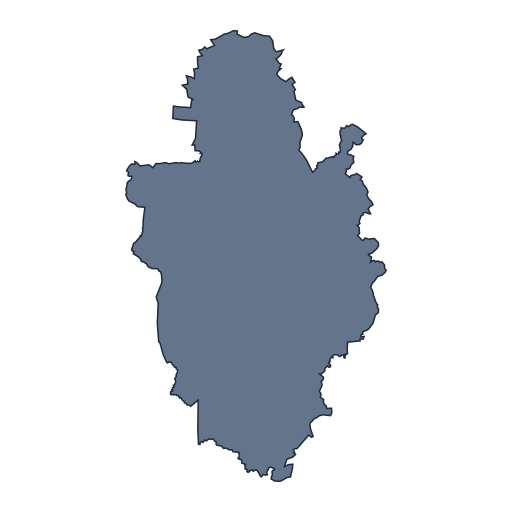 the district of Zona Bananera, Magdalena, Colombia
{"feature_id": "7082276B35550035706451", "entity_name": "Zona Bananera", "entity_type": "district", "adm_level": 2, "iso_a3": "COL", "parent_name": "Colombia", "parent_adm1": "Magdalena", "projection": "mercator", "projection_center": [-74.184, 10.797], "detail": "fine", "context": "isolated", "style": "filled", "palette": "slate", "viewbox_px": 512, "rotation_deg": 0, "n_neighbors": 0, "source": "geoboundaries", "source_scale": "gbopen_adm2", "svg_char_len": 6072}
<svg xmlns="http://www.w3.org/2000/svg" viewBox="0 0 512 512"><path d="M134.9,161.6L134.9,164.3L131.6,163.9L128.7,167.0L126.7,170.3L126.7,171.0L128.6,172.1L128.0,175.6L129.8,176.4L131.6,176.1L131.8,177.0L131.1,179.7L128.3,181.3L127.1,183.1L126.9,185.9L125.9,189.3L126.7,192.5L125.8,194.4L127.5,199.0L129.1,201.1L135.6,204.3L136.2,205.5L138.0,206.7L144.8,207.3L144.8,207.9L143.1,221.0L143.1,226.9L142.5,228.2L143.0,231.0L142.1,232.6L142.2,234.1L141.2,235.9L140.2,235.8L140.4,236.4L135.3,242.4L133.8,243.1L131.7,249.2L132.0,250.8L134.0,251.6L133.2,253.7L138.8,257.1L140.9,259.6L141.4,261.6L143.0,261.7L146.5,263.9L148.2,266.8L148.9,267.2L151.9,268.5L156.8,268.7L158.3,269.4L159.0,271.1L160.5,271.8L161.3,273.6L162.0,280.6L161.5,283.6L156.2,297.0L158.2,303.4L157.3,323.0L158.7,341.6L160.1,343.4L163.2,354.7L166.6,362.3L167.3,362.9L169.2,362.1L171.2,362.1L171.4,363.0L174.8,367.3L176.0,367.4L176.2,368.7L177.7,370.3L177.3,372.6L176.1,374.6L176.3,376.7L175.3,377.5L174.7,379.1L175.5,380.4L175.6,382.5L174.6,384.6L173.5,385.1L174.1,386.8L172.6,387.5L172.6,389.3L171.8,389.6L172.5,390.8L170.6,391.7L170.5,394.3L171.5,394.9L172.7,394.2L173.8,394.9L176.3,394.7L176.9,395.6L178.1,395.5L179.6,398.0L180.5,397.5L182.3,400.1L184.2,401.5L184.4,402.8L185.8,403.2L187.0,404.9L189.6,405.2L190.7,406.3L198.2,400.1L197.8,428.3L198.5,444.3L199.9,444.5L200.5,442.2L201.9,441.6L203.0,442.4L204.8,440.0L206.4,440.9L208.9,438.8L210.6,439.4L213.0,438.9L214.7,441.1L216.3,442.1L216.0,444.0L216.7,445.1L221.7,446.2L223.4,448.4L226.1,448.1L229.6,450.0L231.9,449.8L233.0,451.7L239.0,452.4L238.8,453.6L239.5,456.1L238.0,458.3L238.8,459.0L241.4,459.7L241.9,463.2L245.6,464.3L244.7,465.8L245.4,467.2L245.0,468.8L247.7,470.2L246.9,471.4L247.6,472.2L248.7,472.2L251.2,469.9L252.0,469.8L253.3,471.3L254.8,470.2L256.5,469.9L258.7,472.7L260.0,475.7L260.8,476.6L261.7,476.7L263.2,474.4L265.4,475.1L267.3,474.8L266.7,472.1L269.3,467.4L270.7,467.1L274.5,468.8L274.4,469.7L272.7,470.5L271.9,471.8L272.4,474.3L271.1,478.5L271.2,479.1L273.0,479.8L273.7,480.7L277.5,481.3L280.8,481.1L287.2,477.4L290.5,477.0L292.5,467.8L292.8,464.2L288.5,464.6L284.5,466.6L286.9,459.2L292.6,457.2L295.5,454.5L294.2,453.4L294.7,453.4L294.7,452.5L293.4,450.1L294.2,448.9L297.0,448.6L308.7,435.1L311.3,437.2L313.1,436.6L310.5,428.8L309.8,424.7L310.3,423.0L314.5,418.5L316.4,417.8L319.2,415.8L322.9,414.8L330.4,415.6L331.8,413.0L331.5,408.2L326.7,408.5L326.2,405.8L324.3,404.5L323.4,401.8L323.7,399.5L320.2,397.2L320.9,395.5L320.9,393.6L319.3,391.4L322.1,385.3L321.3,381.1L322.8,380.2L323.6,377.9L323.2,377.0L319.5,374.0L321.5,373.8L324.7,371.2L324.8,368.5L327.4,365.9L328.6,367.1L329.8,367.3L330.7,365.3L328.6,363.4L329.6,362.7L329.3,361.9L330.1,361.1L329.6,360.1L331.7,356.8L332.9,357.6L332.8,355.3L334.2,354.7L337.1,354.8L339.5,356.5L340.5,356.3L341.6,355.1L343.7,354.9L344.0,357.8L345.0,358.0L345.3,354.2L346.7,354.4L347.5,353.7L347.2,348.9L347.6,342.2L360.1,340.9L360.0,338.9L363.1,339.2L364.1,336.5L361.0,336.8L360.8,334.9L362.8,334.2L362.7,331.7L366.8,330.2L368.9,328.7L373.1,323.0L375.4,315.1L378.4,312.5L378.5,308.8L377.3,306.8L377.7,304.5L376.8,304.0L376.0,302.3L373.6,295.9L372.8,291.7L370.7,287.0L372.7,282.6L374.2,281.3L377.9,276.2L381.9,275.3L385.0,272.4L386.2,270.5L384.5,267.9L384.6,265.1L382.0,261.9L380.2,262.0L377.5,260.9L375.4,261.8L374.1,260.4L371.6,261.0L370.6,261.9L371.5,257.4L371.2,256.7L370.0,256.4L368.4,254.4L371.6,253.4L377.0,248.5L378.5,246.0L378.4,242.8L374.4,238.5L368.6,239.1L365.0,238.0L363.2,240.3L362.3,240.4L357.6,235.5L359.5,233.4L359.1,227.4L357.0,225.4L358.6,224.8L359.9,223.4L359.2,221.3L359.5,220.3L361.2,215.7L363.1,214.9L363.3,212.8L365.8,212.5L369.0,213.9L370.6,213.7L368.1,209.0L370.4,206.0L371.9,205.7L373.0,204.7L371.3,201.4L368.6,198.6L366.8,195.1L368.0,192.0L366.4,188.0L363.4,184.3L362.1,180.8L360.1,179.5L362.0,177.1L361.6,176.6L356.6,173.5L355.8,174.2L350.8,175.6L349.9,177.6L345.3,173.8L346.3,171.5L346.3,169.1L348.1,169.2L350.1,167.9L351.0,164.9L353.8,162.5L353.2,158.5L353.8,156.4L350.7,154.9L348.3,154.5L347.6,153.5L347.6,151.6L351.0,149.3L352.8,146.1L353.0,142.3L354.0,142.6L355.1,144.0L356.5,144.8L359.4,144.5L361.2,143.5L363.3,139.8L361.8,138.8L361.6,137.6L363.8,135.1L366.1,133.8L357.8,127.1L352.8,124.4L351.1,124.7L348.5,126.6L346.6,125.6L344.8,128.2L341.8,128.1L341.2,127.7L340.9,130.0L340.3,130.3L340.0,131.8L340.3,135.5L340.9,136.2L340.5,137.1L341.6,140.0L339.4,144.9L340.4,150.0L340.2,152.1L338.8,152.1L338.8,153.0L338.0,154.0L336.1,153.3L336.4,154.7L335.1,155.3L334.4,156.7L333.1,156.6L333.1,157.5L331.5,156.9L327.4,158.2L326.1,158.1L322.6,161.8L318.0,162.7L317.8,164.5L316.6,165.6L317.3,168.0L315.8,168.5L314.7,170.5L312.5,172.2L306.1,159.3L301.6,153.1L298.7,150.1L300.1,147.5L300.0,141.9L302.3,135.6L302.2,132.7L301.0,128.6L297.9,121.6L293.9,121.9L294.3,118.3L292.9,115.7L291.6,114.9L292.9,110.7L294.0,109.6L297.6,108.5L299.5,107.1L303.0,107.4L303.9,107.4L304.0,106.7L301.8,104.1L301.6,102.6L295.9,100.2L293.9,91.2L295.4,89.6L292.1,84.4L295.0,82.4L291.9,77.3L289.1,78.9L286.0,81.6L280.9,78.9L276.7,74.4L278.2,71.3L281.0,68.7L279.2,68.5L281.2,64.0L279.2,63.3L276.0,58.9L278.9,56.8L281.2,54.3L282.1,51.4L283.3,49.9L276.9,51.7L275.7,51.4L273.6,48.0L272.7,40.9L269.6,36.2L263.7,35.7L254.6,32.8L251.0,34.2L248.7,36.7L243.8,37.4L236.9,34.0L237.4,31.0L233.4,30.7L228.3,33.2L224.3,34.1L215.2,39.2L210.7,39.7L214.5,45.5L206.5,48.8L204.8,46.9L202.3,49.4L198.8,50.2L200.1,52.9L202.5,55.6L197.5,56.8L197.6,63.0L198.4,68.0L193.7,69.1L194.5,73.1L194.4,78.8L191.3,77.0L186.2,75.8L187.5,79.4L187.8,84.0L182.3,85.2L185.9,88.6L186.6,88.5L188.0,97.0L192.9,99.4L192.9,99.9L191.7,99.9L190.6,107.6L178.9,106.9L173.4,106.1L172.8,118.5L181.5,119.9L196.6,120.8L195.5,138.6L192.1,145.1L194.7,145.0L195.1,150.7L198.7,150.8L200.0,151.5L201.4,153.0L200.7,153.4L201.7,153.5L202.1,154.4L200.3,158.0L199.7,161.6L198.8,161.8L197.6,161.1L196.1,162.2L195.1,160.7L192.4,162.9L190.6,163.4L182.7,163.0L181.3,162.5L180.0,163.3L175.8,162.6L168.8,163.8L165.7,162.6L159.8,163.6L156.0,163.5L153.0,167.7L148.9,164.8L139.9,165.9L137.2,162.9L134.9,161.6Z" fill="#64748b" stroke="#1e293b" stroke-width="1.5"/></svg>